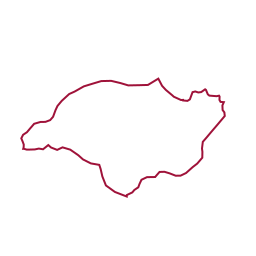 Jongphyong, Hamgyŏng-namdo, North Korea (Albers equal-area conic projection), rotated 310°
{"feature_id": "82179303B98077140175950", "entity_name": "Jongphyong", "entity_type": "district", "adm_level": 2, "iso_a3": "PRK", "parent_name": "North Korea", "parent_adm1": "Hamgyŏng-namdo", "projection": "albers", "projection_center": [127.328, 39.697], "detail": "fine", "context": "isolated", "style": "outline", "palette": "rose", "viewbox_px": 256, "rotation_deg": 310, "n_neighbors": 0, "source": "geoboundaries", "source_scale": "gbopen_adm2", "svg_char_len": 1301}
<svg xmlns="http://www.w3.org/2000/svg" viewBox="0 0 256 256"><g transform="rotate(310 128 128)"><path d="M51.5,52.9L49.8,56.2L48.3,58.8L46.1,60.5L44.7,61.1L45.2,61.7L46.3,64.2L48.4,66.7L51.7,70.4L54.9,72.9L57.1,76.6L63.7,77.9L63.6,81.6L65.7,87.8L71.1,90.3L74.3,97.7L75.2,107.5L75.0,113.7L77.0,122.3L81.3,129.7L79.0,133.4L74.4,139.5L69.8,148.0L70.6,159.1L74.7,171.1L75.9,170.2L81.4,172.7L84.7,172.7L89.2,174.0L92.5,172.8L97.0,171.6L102.5,174.1L104.7,176.6L107.9,180.3L110.2,180.3L114.6,180.4L117.9,184.1L120.0,189.0L122.1,195.2L125.3,198.9L130.8,201.4L139.7,202.7L145.2,203.9L153.0,204.0L157.6,200.3L159.8,197.9L165.5,194.2L171.0,194.3L178.8,194.3L188.8,194.4L199.4,194.4L201.9,191.8L202.6,188.9L206.0,185.8L209.4,184.8L207.5,182.1L208.3,180.0L210.9,178.0L211.3,177.0L209.3,175.4L205.1,169.5L205.1,167.5L207.3,163.2L207.2,162.2L202.6,161.0L200.4,159.0L199.2,156.0L197.3,154.7L197.0,154.4L189.7,157.0L187.0,156.1L184.5,152.5L184.9,152.1L183.5,150.6L181.4,143.0L181.5,141.0L181.5,132.5L182.2,127.0L185.3,119.5L173.8,115.6L168.3,109.4L160.8,100.8L157.6,93.4L153.3,84.8L146.8,77.4L139.2,72.4L131.5,67.4L121.6,63.7L116.2,61.1L106.2,59.8L99.6,59.8L95.1,61.0L88.4,63.4L84.0,63.3L79.6,60.8L76.4,57.1L70.9,53.4L64.3,53.3L59.8,53.3L55.4,52.0L51.5,52.9Z" fill="none" stroke="#9f1239" stroke-width="2"/></g></svg>